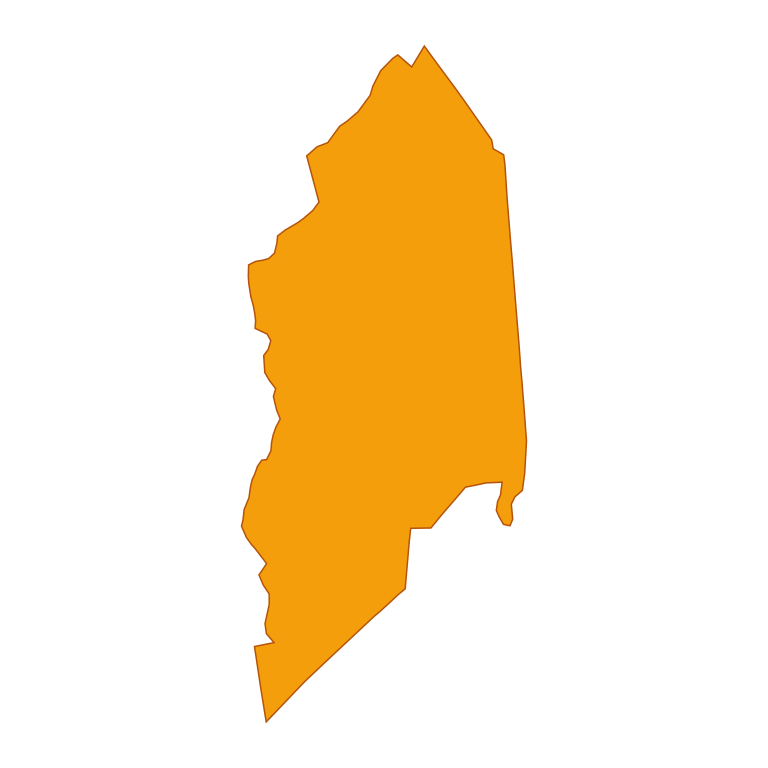 São Caitano, Pernambuco, Brazil
{"feature_id": "56859067B39794301269102", "entity_name": "São Caitano", "entity_type": "district", "adm_level": 2, "iso_a3": "BRA", "parent_name": "Brazil", "parent_adm1": "Pernambuco", "projection": "equal_earth", "projection_center": [-36.162, -8.337], "detail": "fine", "context": "isolated", "style": "filled", "palette": "amber", "viewbox_px": 768, "rotation_deg": 0, "n_neighbors": 0, "source": "geoboundaries", "source_scale": "gbopen_adm2", "svg_char_len": 1538}
<svg xmlns="http://www.w3.org/2000/svg" viewBox="0 0 768 768"><path d="M522.4,490.3L524.7,473.3L526.5,440.9L523.6,402.4L522.8,392.6L522.1,383.4L520.5,365.7L519.9,356.6L518.9,343.1L515.4,300.5L512.4,262.7L510.3,238.1L507.1,198.1L505.0,165.4L503.7,154.8L493.2,148.8L491.7,140.0L463.1,99.1L454.4,87.0L437.2,63.8L424.3,46.1L411.7,67.0L397.8,54.9L392.6,58.5L380.6,70.8L372.9,86.1L370.1,95.4L358.0,111.8L347.3,121.0L339.7,126.2L327.7,142.7L317.2,146.7L306.7,155.9L319.0,202.1L312.7,210.6L302.8,219.0L298.0,222.5L292.1,226.0L285.4,229.9L277.6,235.9L276.9,243.1L274.5,253.2L268.7,258.5L262.5,260.3L255.6,261.4L248.6,264.9L248.3,276.5L248.8,283.6L250.9,297.0L253.3,305.5L254.8,313.9L255.6,320.6L255.1,328.4L267.2,334.1L270.8,340.7L268.2,349.5L263.7,355.5L264.3,364.7L264.8,372.6L269.7,380.9L275.7,388.6L273.4,396.5L276.6,409.9L280.2,419.0L276.1,426.7L273.2,434.8L271.6,442.4L270.9,450.8L266.6,459.6L261.7,460.2L257.5,466.3L254.8,474.0L252.0,480.0L250.3,487.9L249.0,497.6L244.1,509.7L243.0,519.9L241.5,526.2L246.5,537.6L251.5,544.6L255.3,548.8L266.6,563.6L259.0,575.0L263.2,584.9L269.2,594.0L269.2,604.6L265.0,623.7L266.4,633.6L274.0,642.6L254.5,646.5L260.6,687.2L266.2,721.9L304.5,681.8L323.5,663.8L374.0,616.5L380.1,611.3L388.7,603.5L398.1,594.7L405.2,588.8L409.1,543.1L410.7,528.3L430.9,528.0L441.6,514.9L457.3,496.7L465.4,487.2L478.3,484.6L485.9,482.9L502.1,482.2L500.5,494.9L497.6,501.5L496.3,510.4L499.0,516.5L503.5,524.4L510.0,525.8L512.7,519.2L511.3,504.1L514.9,496.9L522.4,490.3Z" fill="#f59e0b" stroke="#b45309" stroke-width="1.5"/></svg>